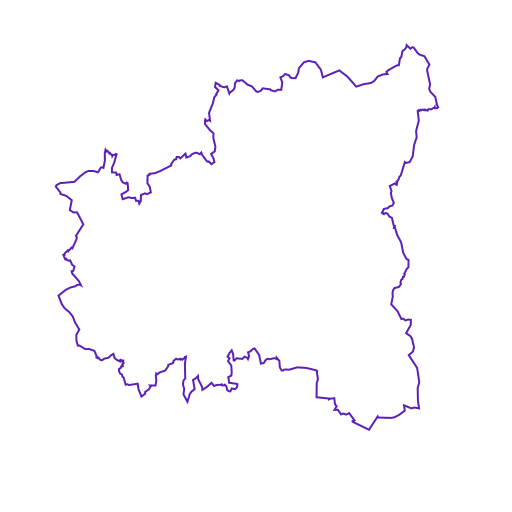 Mallow Lea-5, Cork, Ireland (Equal Earth projection), rotated 262°
{"feature_id": "5873133B25639176820798", "entity_name": "Mallow Lea-5", "entity_type": "district", "adm_level": 2, "iso_a3": "IRL", "parent_name": "Ireland", "parent_adm1": "Cork", "projection": "equal_earth", "projection_center": [-8.702, 52.146], "detail": "fine", "context": "isolated", "style": "outline", "palette": "violet", "viewbox_px": 512, "rotation_deg": 262, "n_neighbors": 0, "source": "geoboundaries", "source_scale": "gbopen_adm2", "svg_char_len": 6027}
<svg xmlns="http://www.w3.org/2000/svg" viewBox="0 0 512 512"><g transform="rotate(262 256 256)"><path d="M82.4,396.3L89.7,396.2L102.7,397.7L108.1,400.1L122.7,400.0L136.6,393.5L139.4,398.0L143.6,399.8L152.3,399.0L154.9,398.0L158.7,393.9L166.1,399.6L171.2,400.5L171.9,397.8L171.4,395.0L173.5,393.1L173.3,391.2L181.6,388.5L189.3,383.2L196.7,385.8L200.8,386.1L203.2,387.1L205.0,388.8L205.4,393.0L207.9,395.6L209.8,395.4L212.3,396.6L212.9,397.9L214.8,398.6L214.8,399.6L217.0,400.7L217.7,400.3L222.1,403.4L223.7,405.4L230.9,406.5L232.0,404.7L238.4,402.3L249.4,401.6L257.3,398.7L264.7,397.5L264.7,396.6L266.5,397.6L266.8,396.6L274.9,395.9L276.4,393.6L279.7,392.1L280.5,390.4L280.0,389.2L280.5,388.3L279.9,388.1L281.1,386.7L284.8,389.1L285.1,393.2L286.6,395.3L286.9,398.0L289.5,399.9L294.4,398.6L299.4,398.3L301.4,399.2L306.6,398.2L308.5,403.3L306.9,405.2L310.1,406.4L310.2,405.8L312.2,408.0L314.4,408.9L315.5,410.5L328.3,416.5L327.3,417.4L327.6,421.2L332.7,425.0L344.1,428.1L351.1,431.6L357.4,431.9L367.5,436.1L377.2,436.3L377.8,437.5L377.1,438.0L377.9,439.0L377.2,439.6L377.9,441.2L377.3,442.2L377.6,443.4L376.7,443.7L376.9,444.8L376.1,446.1L377.4,447.1L376.9,450.3L377.9,452.4L377.6,453.2L378.4,453.7L377.5,453.7L377.2,456.0L378.0,457.1L380.4,456.3L388.7,455.6L394.7,451.3L397.7,450.8L401.7,452.3L415.5,451.3L417.7,451.7L421.4,454.4L430.5,450.5L432.6,446.1L434.4,444.3L440.4,441.2L441.0,439.8L439.8,437.7L443.8,434.5L441.9,434.0L440.0,432.2L438.6,429.6L432.7,427.5L432.2,426.4L430.2,425.6L425.0,424.0L425.1,421.8L421.5,412.7L420.1,410.7L417.9,411.6L418.2,407.2L416.8,401.5L412.8,397.4L411.3,393.9L411.2,386.7L409.8,378.8L420.8,371.6L428.2,364.3L423.6,347.0L431.4,346.2L439.6,341.7L441.9,335.2L441.2,330.5L436.1,324.7L431.5,323.2L426.6,319.9L427.1,316.5L428.2,314.6L430.2,314.0L432.2,310.2L430.2,307.6L429.5,305.0L424.2,306.2L417.0,304.1L417.6,300.8L416.4,297.8L418.0,293.9L419.0,293.4L421.1,285.9L418.9,283.7L418.2,280.5L418.9,279.2L424.6,275.5L426.7,271.6L431.9,267.0L432.1,264.6L431.6,263.6L432.6,261.9L430.0,259.2L426.0,258.4L424.1,257.2L422.1,254.3L421.9,253.1L420.6,252.2L428.0,250.8L427.5,248.1L427.9,247.0L429.5,243.8L430.3,243.9L433.1,240.2L429.1,238.9L425.3,241.9L421.8,239.0L421.2,239.3L418.9,236.7L413.3,234.6L404.3,229.4L396.4,229.3L397.3,228.4L396.4,226.2L398.3,224.8L396.9,224.3L393.9,223.8L387.2,227.8L383.5,230.9L378.4,230.2L369.7,231.0L365.3,229.7L363.3,225.7L358.5,227.5L354.8,227.9L353.2,224.6L356.2,222.4L355.9,221.7L356.7,220.5L363.8,216.7L366.1,216.2L364.6,214.5L366.6,211.5L366.5,209.5L365.7,206.7L364.1,204.7L363.2,200.7L367.2,200.4L363.2,194.7L364.7,193.5L365.1,191.2L362.9,190.3L362.8,188.5L358.8,184.7L357.7,184.8L357.3,184.2L353.4,172.8L352.1,167.4L352.2,162.0L351.2,161.9L350.8,159.9L343.3,158.6L339.3,160.4L333.6,160.7L332.4,156.5L333.5,154.9L332.4,150.6L326.3,149.5L324.1,147.7L327.0,147.4L327.3,144.9L330.5,144.4L330.6,141.6L331.9,137.8L330.8,131.9L335.8,131.3L337.5,136.0L339.1,138.6L346.0,139.0L346.7,138.2L345.7,137.1L347.4,134.4L349.6,133.2L356.0,132.2L355.6,129.2L358.0,129.2L358.9,125.0L363.3,125.6L368.0,128.5L376.2,132.1L376.6,131.5L375.8,130.0L375.9,128.3L375.1,127.7L376.2,127.7L376.3,126.9L378.5,125.6L378.0,125.1L380.3,123.6L379.7,123.2L380.9,123.5L381.2,122.9L380.7,122.5L382.2,121.8L378.6,120.5L371.8,119.7L364.5,117.2L365.4,115.9L365.2,114.7L360.8,111.1L362.7,107.3L363.5,101.7L362.6,98.6L359.4,92.9L354.7,86.5L355.4,72.2L354.0,68.4L352.6,67.4L346.2,71.1L344.6,71.1L341.9,76.6L336.9,81.3L327.4,78.0L324.6,81.2L324.1,84.9L311.4,89.4L300.9,80.4L299.6,81.2L297.3,80.4L289.2,75.2L290.0,74.6L286.9,70.8L287.8,70.5L285.1,66.8L283.7,66.5L283.8,65.4L279.2,66.6L279.0,67.1L279.6,67.7L278.2,68.4L277.3,70.3L277.5,71.4L272.9,72.7L270.8,74.8L266.7,73.0L266.6,71.3L264.4,71.5L255.6,77.2L251.5,78.5L252.2,77.7L252.1,74.4L251.2,73.0L250.6,67.6L248.8,62.6L244.3,54.9L235.3,57.0L230.9,59.2L226.3,63.4L221.4,66.2L215.8,67.4L207.7,70.8L202.9,67.1L197.4,66.4L192.4,67.0L191.8,67.5L192.0,68.6L187.6,73.8L187.1,77.9L184.5,82.8L179.3,84.2L177.8,83.8L177.1,84.7L177.8,85.0L177.3,85.9L175.2,86.9L174.1,89.0L175.4,91.2L175.8,95.8L177.7,98.3L178.9,101.2L174.6,101.8L172.4,103.8L170.8,106.2L171.4,106.1L172.0,107.3L171.1,107.9L171.5,108.2L170.9,110.0L169.6,109.4L168.5,110.0L167.8,108.9L166.0,108.8L166.3,108.3L165.3,108.2L165.4,107.2L164.0,106.5L163.2,104.6L160.9,104.4L158.6,105.0L157.3,106.7L155.0,107.0L154.1,108.0L146.7,109.0L146.9,110.7L145.9,112.4L146.0,121.1L140.5,121.1L132.8,123.0L135.0,127.0L136.8,127.3L138.9,131.4L141.3,133.5L142.6,132.9L141.7,138.4L146.6,140.0L151.2,140.1L153.5,140.9L152.6,141.7L154.2,144.6L155.1,150.0L158.9,153.6L160.4,154.0L161.6,159.1L163.6,159.7L165.4,162.6L164.4,164.1L164.7,166.8L163.9,166.9L164.2,168.1L163.6,168.6L165.0,171.0L165.9,171.5L166.1,172.7L159.2,170.6L144.7,168.9L142.6,166.8L139.2,165.8L134.2,166.4L129.1,164.9L121.2,167.8L128.6,171.3L130.6,173.2L132.7,176.7L142.0,176.4L143.1,179.0L145.3,181.9L142.1,181.6L133.8,184.4L130.9,184.3L133.5,189.8L136.6,194.3L133.1,196.4L133.8,199.2L133.3,203.1L133.7,204.3L132.5,204.7L132.3,206.3L132.9,207.1L131.3,208.5L127.3,208.8L125.9,210.3L125.5,211.7L128.2,213.6L127.0,216.7L128.5,218.6L130.4,219.6L131.9,219.6L134.2,211.8L139.9,211.7L141.0,214.9L143.8,215.7L151.0,216.3L155.8,213.7L158.4,215.5L160.2,213.9L163.4,216.1L166.0,218.8L162.1,219.7L155.8,219.3L155.4,220.1L157.4,222.5L156.0,228.2L157.9,230.7L156.4,233.1L155.0,233.7L157.9,235.2L161.7,234.7L162.4,237.4L164.4,240.1L164.7,241.7L157.7,245.3L148.7,245.9L149.0,248.9L151.5,250.9L152.7,253.2L151.9,254.7L152.3,260.2L151.1,262.0L152.5,262.3L148.9,264.5L142.3,264.1L139.1,265.4L138.8,266.7L139.5,267.9L139.5,269.5L138.8,272.9L140.0,281.4L138.2,290.0L134.5,299.6L133.4,300.6L132.8,300.1L125.5,300.2L121.5,298.4L107.7,296.3L104.7,308.4L103.9,308.3L104.4,310.0L104.3,313.7L98.3,313.6L96.0,314.9L92.7,312.3L92.3,315.7L87.3,318.2L87.8,320.5L86.4,323.3L87.4,326.4L79.5,330.7L79.1,328.6L78.4,328.6L68.2,343.7L80.2,354.2L79.0,354.6L76.8,367.7L77.1,371.0L78.9,375.9L82.2,381.8L87.5,381.8L83.5,388.7L83.9,391.7L82.4,396.3Z" fill="none" stroke="#5b21b6" stroke-width="2"/></g></svg>